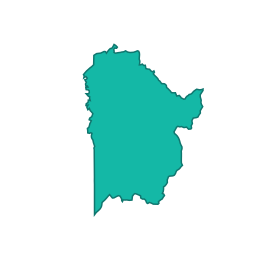 Mallet, Paraná, Brazil (orthographic projection), rotated 229°
{"feature_id": "56859067B70608233597047", "entity_name": "Mallet", "entity_type": "district", "adm_level": 2, "iso_a3": "BRA", "parent_name": "Brazil", "parent_adm1": "Paraná", "projection": "orthographic", "projection_center": [-50.854, -25.87], "detail": "fine", "context": "isolated", "style": "filled", "palette": "teal", "viewbox_px": 256, "rotation_deg": 229, "n_neighbors": 0, "source": "geoboundaries", "source_scale": "gbopen_adm2", "svg_char_len": 3253}
<svg xmlns="http://www.w3.org/2000/svg" viewBox="0 0 256 256"><g transform="rotate(229 128 128)"><path d="M91.7,159.8L93.3,159.5L94.9,160.2L96.2,163.9L96.7,165.0L96.6,166.7L94.9,167.8L93.9,169.4L91.6,170.5L90.2,172.8L87.4,172.9L86.0,174.8L86.3,176.0L88.2,177.1L89.1,179.5L91.6,181.0L92.7,183.7L90.9,186.6L90.4,188.0L91.1,189.7L91.8,192.4L93.6,193.8L94.5,196.4L95.1,198.4L97.5,198.9L99.3,199.7L101.0,201.5L104.0,202.9L105.7,204.3L107.1,209.2L108.2,210.2L108.8,208.5L110.0,206.9L112.2,205.3L112.4,203.9L112.6,201.6L112.2,198.7L112.5,197.3L113.2,196.1L113.0,194.8L113.3,193.4L113.1,191.7L112.5,190.2L113.2,188.9L114.4,188.6L115.6,187.9L116.7,188.1L118.9,188.1L120.1,185.8L121.8,186.3L123.5,186.9L124.3,185.9L125.2,184.9L126.2,184.0L128.3,184.2L129.5,184.1L131.8,184.0L133.2,183.7L134.9,184.8L136.2,184.9L137.6,184.4L139.5,182.5L141.5,182.7L142.7,182.8L143.8,182.4L145.8,182.9L148.3,182.8L150.2,182.6L152.2,182.6L152.8,184.6L154.1,185.0L154.3,183.4L155.8,182.8L158.2,182.8L159.5,181.6L161.1,180.5L164.0,182.2L164.9,180.9L166.9,180.7L167.2,179.3L168.2,178.0L169.2,179.3L170.7,180.8L172.7,181.7L175.8,184.8L177.3,185.9L179.0,186.4L180.1,185.7L180.7,183.8L181.5,181.9L182.6,180.4L183.6,179.1L185.6,177.5L187.8,176.8L188.3,174.8L189.6,172.8L190.1,171.7L191.1,170.3L192.8,167.5L194.3,167.0L195.2,168.1L196.4,168.4L197.1,170.2L195.7,171.7L196.0,173.0L198.3,172.9L200.2,172.3L199.3,170.1L198.8,168.0L199.6,166.8L199.5,164.9L199.1,162.8L198.6,160.8L200.4,161.1L201.4,160.2L202.5,156.4L203.9,154.4L204.8,153.0L205.2,149.9L198.3,143.6L198.1,140.8L198.3,139.1L198.2,134.0L197.9,131.8L197.5,129.4L196.0,129.1L194.8,127.5L194.5,130.0L192.4,130.0L192.0,128.6L192.7,127.1L191.3,126.7L189.9,126.7L189.1,124.8L187.5,123.9L186.4,124.9L185.1,124.6L186.4,122.8L184.4,121.6L182.9,122.9L181.7,123.2L180.3,122.2L179.7,120.7L181.3,118.9L178.1,118.9L176.7,119.6L175.7,118.5L173.5,117.5L175.1,116.4L173.5,114.6L173.7,112.4L172.6,111.1L171.5,112.8L170.9,110.7L169.6,110.2L168.1,109.7L168.2,111.7L166.0,110.9L164.0,111.0L161.9,110.9L160.3,108.0L160.6,105.6L159.7,104.1L157.6,105.1L156.9,103.6L156.2,101.9L155.3,100.7L154.2,98.9L154.3,97.1L152.2,95.7L150.7,94.4L149.2,95.5L148.9,96.8L147.6,97.3L146.3,95.4L145.1,94.4L143.8,93.9L141.9,93.6L139.4,92.2L136.0,90.8L135.2,89.1L133.9,88.4L128.9,84.1L113.0,70.5L110.2,68.0L107.4,65.7L84.5,45.8L85.1,48.7L85.1,51.7L85.3,54.1L86.1,56.3L87.1,57.7L88.8,59.6L88.9,63.6L89.2,65.9L89.6,68.3L89.8,70.4L85.4,70.3L84.5,71.5L83.6,75.3L83.1,76.5L81.8,77.3L78.7,76.7L77.3,75.6L76.1,75.5L76.9,77.2L75.5,78.6L74.6,79.8L72.5,81.6L71.0,83.7L73.6,86.6L74.1,88.7L74.0,90.1L72.8,91.0L70.4,92.2L68.6,93.0L66.8,91.7L64.9,92.3L63.6,93.7L61.9,93.9L59.3,93.0L58.1,93.4L57.8,95.3L55.9,96.4L54.0,97.1L53.0,98.2L50.8,100.6L51.0,102.1L52.3,102.5L52.4,103.9L52.3,105.8L52.0,107.2L52.7,109.3L53.1,111.2L54.7,111.6L56.1,111.0L56.8,112.7L58.2,114.4L60.3,116.3L60.0,117.6L60.3,119.7L61.0,121.9L63.1,123.6L63.8,125.0L64.6,126.3L64.6,127.6L63.5,129.0L62.4,130.6L62.0,132.1L62.5,133.9L63.6,135.9L63.9,137.2L63.5,139.4L63.6,141.0L64.0,142.6L64.1,144.6L66.5,145.3L67.9,146.4L69.4,147.7L71.4,149.5L73.9,151.7L75.7,153.1L76.9,155.1L78.3,156.3L80.7,156.9L82.4,157.5L84.2,158.4L85.9,159.1L87.5,159.6L89.7,159.9L91.7,159.8Z" fill="#14b8a6" stroke="#0f766e" stroke-width="1.5"/></g></svg>